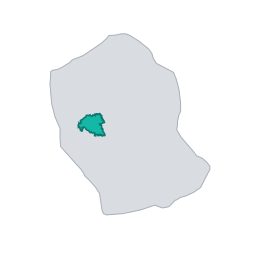 location of Makeoana, Berea, Lesotho, rotated 287°
{"feature_id": "5366337B60128688215612", "entity_name": "Makeoana", "entity_type": "district", "adm_level": 2, "iso_a3": "LSO", "parent_name": "Lesotho", "parent_adm1": "Berea", "projection": "albers", "projection_center": [28.111, -29.223], "detail": "fine", "context": "in_parent", "style": "filled", "palette": "teal", "viewbox_px": 256, "rotation_deg": 287, "n_neighbors": 0, "source": "geoboundaries", "source_scale": "gbopen_adm2", "svg_char_len": 5569}
<svg xmlns="http://www.w3.org/2000/svg" viewBox="0 0 256 256"><g transform="rotate(287 128 128)"><path d="M167.0,171.1L160.1,173.2L159.2,173.4L154.8,172.9L148.9,173.4L144.3,174.6L140.7,175.0L134.9,181.2L124.3,198.0L121.5,201.5L120.7,208.1L118.3,213.4L115.3,217.5L112.4,218.4L103.6,216.8L92.3,214.8L85.8,209.7L79.9,203.1L76.8,198.3L73.6,195.6L72.5,194.1L67.9,191.9L66.1,190.8L64.6,189.9L62.7,186.7L61.6,183.9L62.0,176.1L58.7,171.5L53.1,163.6L49.6,157.2L44.7,148.3L41.7,140.7L38.6,132.9L38.9,129.5L41.8,127.2L50.4,123.1L57.0,120.0L61.7,114.4L66.9,106.0L69.4,100.9L71.9,98.6L74.7,95.1L79.5,87.2L84.8,78.4L90.5,69.0L97.8,66.2L107.8,63.1L117.3,54.9L128.8,48.0L147.2,40.5L155.8,38.6L159.1,37.6L161.2,39.0L163.3,43.3L166.5,46.9L173.7,53.2L176.8,54.7L184.2,64.0L192.2,70.4L201.3,77.8L207.6,81.5L210.8,82.6L213.3,89.1L216.0,93.9L217.4,98.4L217.1,102.8L214.1,113.5L209.7,124.5L206.3,129.0L202.1,131.8L198.1,136.1L196.5,144.9L194.5,155.2L189.3,159.5L185.1,162.2L179.5,165.6L167.0,171.1Z" fill="#d9dde1" stroke="#a8b0b8" stroke-width="1"/><path d="M126.6,103.9L126.8,103.5L126.8,103.0L127.1,102.9L127.6,103.1L127.8,103.0L127.8,102.9L127.6,102.8L127.5,102.7L127.6,102.3L128.1,102.2L128.3,102.1L128.1,101.8L128.1,101.2L128.5,101.4L128.9,101.5L129.1,101.4L129.1,101.1L128.9,101.0L128.9,100.8L129.0,100.7L129.2,100.2L129.3,100.0L129.5,100.2L129.7,100.4L130.0,100.4L130.2,100.1L129.9,100.0L129.9,99.9L130.2,99.9L130.4,99.8L130.4,99.4L130.5,99.4L130.6,99.6L130.7,99.4L130.8,99.3L131.1,99.4L131.3,99.3L131.4,99.2L131.6,99.3L131.6,99.0L132.1,99.0L132.1,98.9L131.9,98.5L131.9,98.4L132.1,98.4L132.2,98.2L132.3,98.1L132.1,98.0L132.1,97.9L132.4,97.8L132.6,97.5L132.7,97.4L132.8,97.4L133.0,97.8L133.1,97.7L133.4,97.2L133.2,97.1L132.9,97.0L133.2,96.4L132.9,96.3L132.7,96.2L132.8,96.1L133.0,96.1L132.6,95.4L132.7,95.1L132.6,94.7L132.3,94.9L132.1,94.7L131.9,94.7L131.8,94.3L132.0,94.4L132.1,94.1L131.9,94.1L132.1,94.0L132.2,93.6L131.9,93.6L131.6,93.6L131.4,93.2L131.5,92.9L131.1,92.9L131.2,92.6L130.9,92.7L131.2,92.3L131.2,92.2L130.9,92.3L130.7,92.3L130.8,91.8L130.7,91.7L130.5,91.8L130.4,91.4L130.2,91.3L129.9,91.2L129.5,91.0L129.5,90.8L129.3,90.7L129.5,90.5L129.3,90.5L129.4,90.3L129.2,90.2L128.9,89.7L128.8,89.4L128.7,89.3L128.7,89.0L128.6,88.8L128.8,88.7L129.2,88.3L129.2,88.2L129.4,88.1L129.4,87.9L129.5,87.7L128.8,87.1L128.4,87.0L128.3,86.9L128.4,86.1L128.2,85.3L128.1,84.7L127.9,84.5L127.1,84.4L126.9,84.5L126.7,84.4L126.6,84.5L126.5,84.4L126.3,84.4L125.9,84.2L125.6,83.9L125.3,83.3L124.8,82.9L124.0,82.7L123.3,82.1L123.0,82.0L122.8,81.8L122.7,81.7L122.6,81.8L122.4,81.6L122.3,81.3L122.2,81.3L122.1,81.1L121.8,80.7L121.4,80.4L121.1,80.4L121.0,80.5L120.9,80.4L120.7,80.5L120.5,80.8L120.4,80.9L120.2,80.8L120.0,81.0L119.8,81.2L119.4,81.5L119.2,81.4L119.2,81.5L119.0,81.4L118.6,81.2L118.5,80.9L118.4,81.1L118.2,81.0L118.1,80.9L118.2,80.7L118.2,80.4L118.3,80.1L118.5,80.1L118.5,79.8L118.6,79.6L118.3,79.7L117.8,79.6L117.6,79.7L116.7,79.6L116.3,79.6L115.8,79.5L115.5,79.7L115.5,79.9L115.2,80.1L115.0,80.3L114.0,80.4L114.3,80.8L114.6,81.0L114.8,81.4L114.7,81.5L114.5,81.4L114.3,81.6L114.0,81.6L113.9,81.9L113.7,82.1L113.7,82.3L113.2,82.4L112.9,82.8L112.6,83.1L112.4,83.1L112.2,83.0L111.8,83.2L111.7,83.4L111.9,83.8L111.7,84.2L111.7,84.3L111.6,84.5L111.5,84.8L111.8,85.0L112.0,85.2L112.3,85.1L112.5,84.9L112.6,84.6L112.7,84.4L112.8,84.6L113.0,84.7L113.1,84.9L113.4,85.0L113.6,84.7L113.7,84.9L113.9,85.0L114.1,85.0L114.3,85.0L114.6,85.2L114.8,85.1L114.8,84.9L114.7,84.7L114.8,84.5L114.9,84.8L115.1,84.7L115.4,84.9L115.5,84.7L115.8,84.8L115.7,84.8L115.8,84.9L115.7,85.2L115.9,85.3L115.9,85.5L115.8,86.1L115.8,86.3L115.7,86.6L115.6,86.8L115.6,87.2L115.4,87.5L115.2,87.6L115.1,87.8L114.6,87.9L114.3,88.4L114.3,88.6L114.3,88.8L114.2,88.9L114.1,89.1L113.9,89.9L114.0,90.5L113.9,90.5L113.9,90.8L113.6,91.3L113.6,91.7L113.3,92.0L112.9,92.4L112.8,92.6L112.8,92.9L112.6,93.2L112.6,93.4L112.9,93.6L112.6,93.6L112.7,94.0L112.8,94.1L113.0,94.4L113.0,94.6L113.0,94.9L112.9,95.1L112.9,95.5L112.8,95.9L112.8,96.0L113.4,96.6L113.6,96.6L113.8,96.9L113.5,97.7L112.7,98.2L112.3,98.1L112.1,97.9L111.6,97.9L111.3,98.2L111.1,98.2L110.9,98.3L110.9,98.6L111.0,98.8L111.0,99.4L111.7,99.3L111.9,99.1L112.2,99.4L112.3,99.6L112.5,99.7L112.7,99.9L112.6,100.1L112.8,100.5L112.6,100.5L112.4,100.8L112.6,101.1L112.4,101.1L112.2,101.2L112.4,101.4L112.4,101.6L112.5,101.6L112.4,101.8L112.1,101.7L112.0,101.9L112.1,102.0L112.6,102.0L112.8,101.9L112.9,102.0L112.7,102.3L112.8,102.7L112.9,102.8L113.2,102.8L113.2,103.0L113.1,103.3L112.9,103.3L112.7,103.5L112.8,103.7L113.0,103.8L113.6,103.6L113.5,103.8L113.5,104.0L113.3,104.0L113.6,104.3L113.5,104.6L113.3,104.6L113.0,104.7L112.9,105.1L113.3,105.3L113.7,105.3L113.5,105.6L112.9,105.5L112.8,105.8L113.0,106.0L113.5,106.1L113.6,106.5L113.8,106.4L113.9,106.5L113.9,107.0L113.7,107.4L113.9,107.7L113.9,107.9L114.0,108.0L114.5,108.1L114.9,107.7L115.6,107.3L116.7,106.2L116.8,105.7L117.1,105.5L117.1,105.1L117.4,104.9L117.8,104.8L117.9,104.7L118.2,104.7L118.3,104.6L118.7,104.6L119.0,104.4L119.3,104.4L119.6,104.3L119.6,104.2L119.8,104.0L119.8,103.9L119.5,103.9L119.4,103.6L119.3,103.4L119.3,103.2L119.5,103.0L120.0,103.1L120.0,102.8L120.1,102.6L120.7,102.7L120.8,102.8L121.3,102.6L122.0,102.1L122.4,102.1L122.7,102.0L122.9,101.3L122.9,101.2L122.7,100.9L122.7,100.7L122.7,100.0L122.9,99.8L123.2,99.6L123.5,99.5L123.9,99.8L124.0,100.0L124.1,100.4L124.1,101.0L124.2,101.3L124.6,101.5L124.7,101.8L125.0,102.1L125.4,102.2L125.4,102.4L125.6,102.6L125.7,102.8L125.9,103.0L126.0,103.2L126.3,103.3L126.5,103.6L126.4,103.8L126.6,103.9Z" fill="#14b8a6" stroke="#0f766e" stroke-width="1.5"/></g></svg>